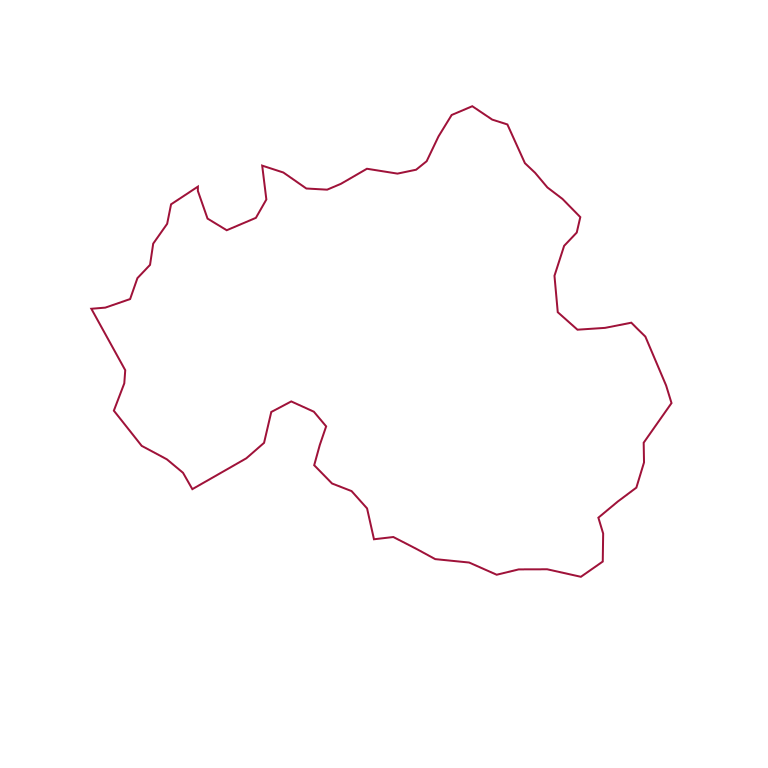 Gokseong-gun, South Jeolla, South Korea, rotated 337°
{"feature_id": "91817680B55822624410007", "entity_name": "Gokseong-gun", "entity_type": "district", "adm_level": 2, "iso_a3": "KOR", "parent_name": "South Korea", "parent_adm1": "South Jeolla", "projection": "robinson", "projection_center": [127.266, 35.202], "detail": "fine", "context": "isolated", "style": "outline", "palette": "rose", "viewbox_px": 768, "rotation_deg": 337, "n_neighbors": 0, "source": "geoboundaries", "source_scale": "gbopen_adm2", "svg_char_len": 1138}
<svg xmlns="http://www.w3.org/2000/svg" viewBox="0 0 768 768"><g transform="rotate(337 384 384)"><path d="M289.8,129.6L258.2,135.4L247.0,151.8L226.4,164.6L215.2,182.9L198.4,190.2L183.5,206.6L157.3,204.8L144.0,200.4L151.2,270.2L145.2,281.9L124.9,303.0L136.8,346.3L154.7,368.5L164.3,387.2L166.5,405.9L228.2,398.6L250.6,391.3L269.3,365.7L291.8,363.8L308.6,382.1L314.2,400.4L301.1,415.0L288.0,431.5L297.3,455.3L312.3,469.9L319.8,491.9L314.5,520.9L314.1,523.0L332.8,528.5L349.6,548.7L362.7,565.2L392.6,581.6L413.2,603.6L435.6,607.3L461.8,618.3L489.9,638.4L516.0,632.9L527.3,607.3L529.1,590.8L553.4,583.5L575.8,578.0L592.7,557.8L600.1,539.5L641.2,513.9L643.1,495.6L643.1,468.1L643.1,442.5L638.9,432.4L635.6,424.2L609.4,418.7L583.3,409.6L572.0,385.8L583.2,351.0L603.8,327.2L620.6,319.9L629.9,307.1L620.6,283.4L611.2,266.9L605.6,248.6L600.0,235.8L599.0,193.3L586.9,182.9L573.8,162.8L551.4,162.8L530.9,177.4L510.3,195.6L497.3,199.3L478.6,195.6L452.4,179.2L422.5,182.9L407.6,182.9L388.9,173.7L374.0,150.0L357.2,135.4L347.8,168.2L331.0,181.0L299.3,181.0L286.2,162.8L288.1,133.5L289.8,129.6Z" fill="none" stroke="#9f1239" stroke-width="2"/></g></svg>